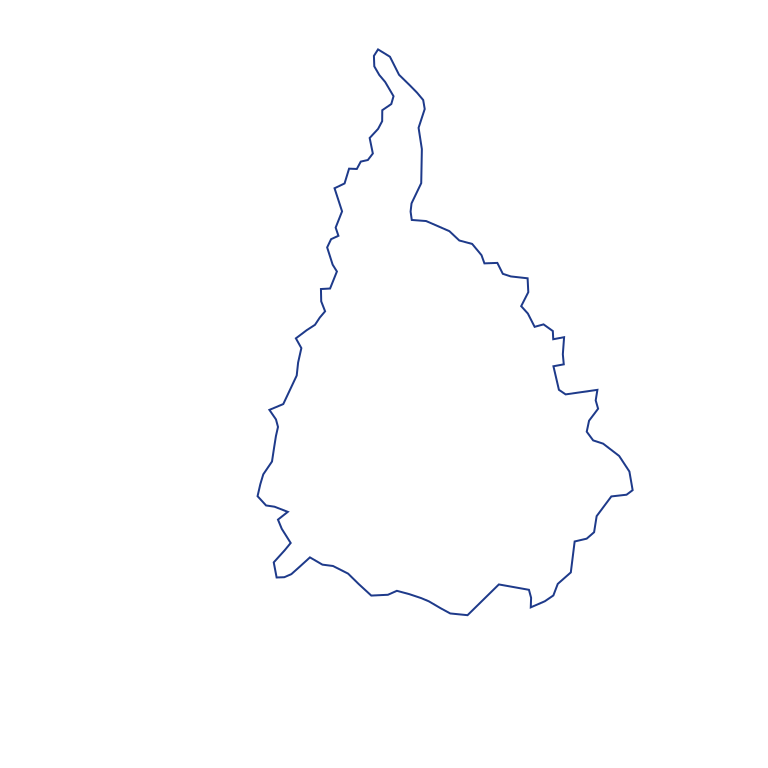 Itaara, Rio Grande do Sul, Brazil (Albers equal-area conic projection), rotated 323°
{"feature_id": "56859067B39409617821515", "entity_name": "Itaara", "entity_type": "district", "adm_level": 2, "iso_a3": "BRA", "parent_name": "Brazil", "parent_adm1": "Rio Grande do Sul", "projection": "albers", "projection_center": [-53.754, -29.56], "detail": "fine", "context": "isolated", "style": "outline", "palette": "blue", "viewbox_px": 768, "rotation_deg": 323, "n_neighbors": 0, "source": "geoboundaries", "source_scale": "gbopen_adm2", "svg_char_len": 1762}
<svg xmlns="http://www.w3.org/2000/svg" viewBox="0 0 768 768"><g transform="rotate(323 384 384)"><path d="M547.4,355.5L536.8,348.1L539.4,339.8L538.7,325.2L530.5,314.7L528.2,301.3L515.7,279.2L504.9,269.7L509.0,262.3L514.7,256.3L534.6,246.0L555.6,219.2L565.8,200.2L582.0,188.9L586.2,180.8L585.7,171.2L584.4,161.2L582.1,146.1L585.7,126.2L580.6,113.2L573.4,115.9L567.4,124.5L566.2,134.4L566.7,143.5L564.8,159.9L558.3,164.8L547.4,164.3L540.7,173.0L532.8,176.7L520.6,178.9L513.8,193.2L505.9,195.4L499.3,192.4L491.7,195.9L485.7,191.0L473.2,200.1L462.3,197.9L454.4,220.9L439.5,230.0L436.8,238.2L428.9,236.5L420.8,240.7L414.8,257.8L414.1,265.8L398.4,275.3L390.8,270.2L383.6,280.2L380.7,290.5L372.7,292.3L364.5,295.2L354.7,294.5L341.1,294.5L339.6,305.6L328.3,315.2L319.4,324.7L291.5,339.4L276.9,335.7L276.4,347.3L273.5,354.5L266.3,360.6L257.7,368.9L247.9,378.5L233.2,383.5L224.9,389.6L215.5,397.5L216.7,410.0L222.7,416.1L230.2,428.2L217.7,428.5L215.2,438.1L213.8,454.8L204.7,457.0L188.6,460.1L181.8,473.9L188.1,478.3L195.6,480.1L207.6,479.1L220.5,477.9L226.1,491.2L233.7,498.6L241.2,513.8L243.4,528.5L246.5,545.3L260.3,554.7L269.8,556.9L277.7,567.0L284.8,577.3L289.0,584.5L294.3,597.2L298.8,607.1L311.6,618.9L355.1,613.2L366.8,625.8L375.9,635.6L372.8,643.3L366.8,650.7L381.7,654.3L392.0,654.8L402.5,648.2L419.8,646.9L441.5,624.5L452.8,629.5L462.6,628.8L474.3,617.5L497.9,610.6L511.1,618.4L518.7,618.4L527.3,601.6L528.5,583.0L523.1,563.5L517.1,554.9L517.2,544.1L525.7,536.7L540.1,532.6L543.2,524.5L550.9,517.1L522.8,501.6L520.2,493.9L530.0,471.8L539.4,476.5L544.7,467.9L556.0,455.0L546.1,450.1L550.7,443.3L547.3,432.4L538.7,429.0L541.3,414.3L540.4,404.4L554.5,397.5L562.3,386.0L550.0,374.4L545.2,367.5L547.4,355.5Z" fill="none" stroke="#1e3a8a" stroke-width="2"/></g></svg>